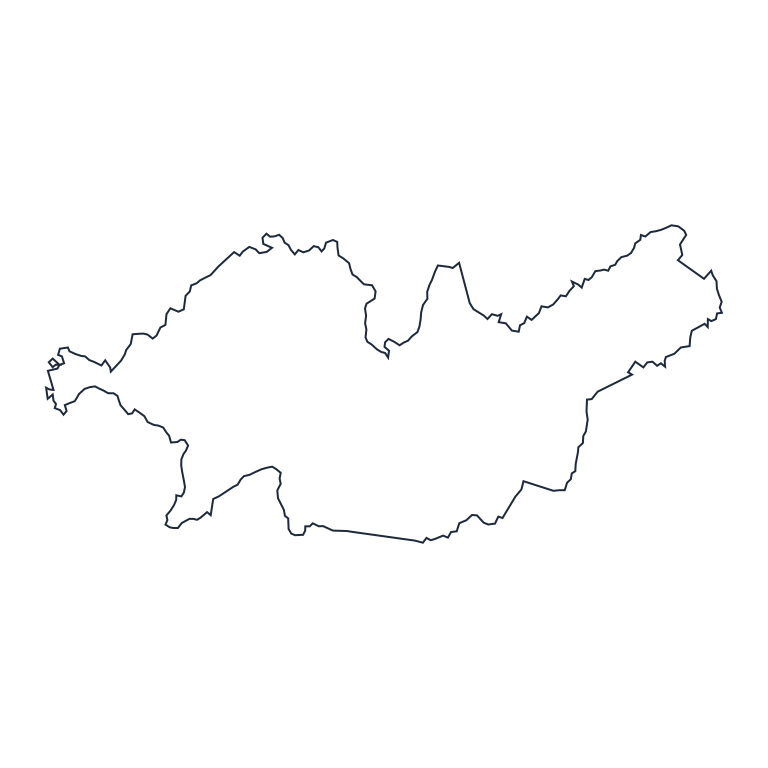 Carazinho, Rio Grande do Sul, Brazil (Albers equal-area conic projection)
{"feature_id": "56859067B4545609401254", "entity_name": "Carazinho", "entity_type": "district", "adm_level": 2, "iso_a3": "BRA", "parent_name": "Brazil", "parent_adm1": "Rio Grande do Sul", "projection": "albers", "projection_center": [-52.891, -28.277], "detail": "fine", "context": "isolated", "style": "outline", "palette": "slate", "viewbox_px": 768, "rotation_deg": 0, "n_neighbors": 0, "source": "geoboundaries", "source_scale": "gbopen_adm2", "svg_char_len": 4372}
<svg xmlns="http://www.w3.org/2000/svg" viewBox="0 0 768 768"><path d="M262.5,237.7L263.3,243.9L272.0,247.8L266.7,251.9L259.3,253.2L255.7,249.4L249.3,246.9L242.8,251.6L239.7,255.7L234.1,252.1L218.4,266.5L210.6,275.1L205.0,277.8L200.0,280.4L196.6,283.3L191.2,285.4L189.8,291.5L185.6,295.8L183.8,309.3L178.4,311.7L170.4,308.3L166.5,314.1L165.4,324.9L160.4,327.5L156.6,335.5L152.7,338.6L147.6,334.6L143.6,333.6L138.4,333.8L132.6,334.3L130.7,344.1L126.2,350.0L124.8,354.4L121.0,360.7L114.4,367.8L110.8,371.6L110.2,367.5L105.2,360.3L101.4,365.5L94.1,361.9L89.3,360.1L85.1,356.4L81.1,355.9L75.4,354.0L69.5,351.3L67.9,347.5L59.9,348.7L58.1,354.9L61.9,356.4L64.1,363.3L59.5,364.8L57.4,368.6L47.9,370.8L53.5,389.9L49.5,389.5L46.1,387.7L47.7,398.8L52.7,394.5L53.5,400.6L56.0,404.0L54.8,408.1L60.2,410.2L63.5,414.7L66.6,411.0L64.8,405.1L69.6,403.1L74.7,401.2L77.0,397.6L79.0,394.0L84.6,388.9L90.0,387.1L95.0,386.4L99.4,388.7L103.8,390.7L108.0,393.2L113.6,393.3L117.5,395.9L119.1,401.2L120.5,405.2L123.9,409.1L128.1,414.1L132.1,413.4L134.7,409.4L139.3,412.5L144.3,416.1L147.6,422.0L154.0,425.0L158.1,425.5L163.2,427.5L166.4,432.5L169.1,435.7L171.0,442.5L177.4,442.0L180.8,439.7L184.7,440.2L188.1,445.6L185.8,450.9L183.5,454.0L181.4,459.3L181.2,465.4L182.2,472.0L183.8,480.2L185.0,487.1L183.8,492.7L181.4,496.4L176.3,495.3L176.2,499.8L174.2,504.7L170.6,510.5L166.4,515.5L167.4,520.0L165.5,524.6L169.7,527.3L173.4,528.0L177.9,528.0L181.8,523.0L186.0,520.7L189.6,518.8L193.4,518.9L197.0,519.8L200.5,517.7L207.1,512.1L210.7,515.2L213.2,499.0L218.8,496.4L222.0,494.3L233.3,486.8L237.6,484.7L240.7,479.5L244.0,476.1L249.4,474.9L255.1,472.1L261.6,469.2L267.4,467.6L272.2,466.7L275.9,468.9L280.7,472.8L279.6,478.5L280.7,483.8L277.3,490.4L278.0,498.3L283.9,509.9L284.9,515.8L288.2,518.4L288.6,529.0L291.3,533.6L295.1,535.2L303.1,534.8L305.2,530.6L305.3,526.3L309.8,526.3L312.7,523.3L318.9,526.3L323.1,526.1L332.9,530.6L346.7,531.0L353.2,532.0L414.9,540.6L422.9,542.7L426.5,537.9L430.7,540.2L434.9,539.0L443.1,535.6L447.9,537.6L451.1,532.0L456.7,531.3L459.3,523.2L466.4,520.2L472.0,515.0L477.0,515.4L483.7,522.7L488.3,524.5L495.0,523.6L498.3,516.6L502.5,518.0L515.4,496.6L521.4,489.5L523.5,481.2L553.4,490.8L559.4,490.2L564.8,490.2L567.0,482.8L570.8,479.2L571.8,473.4L575.3,471.2L575.7,463.9L578.0,451.9L578.3,447.3L582.9,443.0L583.3,436.0L585.9,431.4L587.7,419.6L586.5,411.6L587.0,399.6L591.7,399.1L597.6,391.7L632.0,374.6L628.1,372.3L635.3,361.7L643.4,367.4L647.3,362.4L652.5,361.7L657.1,365.8L660.9,363.3L665.1,366.7L664.7,360.9L665.9,357.0L674.3,353.8L680.8,347.5L689.6,346.1L690.3,337.3L691.8,330.8L704.6,323.8L707.7,327.0L707.9,319.1L711.3,321.1L715.9,319.1L717.1,313.4L721.9,312.8L719.7,307.5L721.7,301.8L718.9,295.0L716.9,288.7L716.5,281.1L712.8,275.4L711.2,270.7L704.0,278.8L677.9,260.2L682.3,255.0L680.0,244.5L686.2,234.9L684.2,230.8L678.4,226.4L671.4,225.3L667.0,227.4L661.2,229.8L655.6,231.3L650.7,232.0L645.3,236.5L640.9,235.0L640.3,239.8L635.2,243.4L634.1,247.8L631.0,253.0L627.1,255.7L621.4,257.1L617.2,261.2L615.2,264.8L610.5,266.3L608.2,270.7L604.0,269.6L600.4,270.5L595.4,271.1L591.8,277.2L588.5,280.0L584.7,278.9L581.7,287.6L578.1,284.5L571.9,281.5L573.9,286.1L569.3,291.1L565.9,296.3L560.7,295.4L558.0,299.0L553.2,304.5L547.9,307.4L541.5,306.3L538.9,313.1L531.6,319.9L526.9,316.7L524.2,323.1L520.0,325.3L518.7,331.7L511.9,330.6L505.8,323.3L498.7,322.2L501.2,314.2L497.6,315.8L491.9,314.2L487.5,319.0L483.7,315.5L473.5,309.2L469.7,303.0L459.1,262.8L452.7,268.0L449.1,266.9L437.9,265.5L435.1,271.4L431.9,280.1L429.6,284.6L427.2,291.8L427.4,298.8L423.0,305.0L421.2,312.3L420.6,319.6L419.4,326.7L417.4,332.1L411.8,336.4L408.0,340.7L403.7,342.6L399.6,345.3L394.4,341.9L388.5,338.9L385.1,342.3L384.5,346.9L389.0,350.7L388.1,357.6L385.1,353.0L381.1,351.9L377.0,349.4L371.5,344.4L367.5,341.9L365.5,337.5L366.4,329.6L365.1,323.2L366.1,315.7L365.0,308.5L366.5,303.7L369.7,301.7L374.6,298.5L375.6,291.4L372.1,285.3L363.9,284.3L359.9,280.3L356.5,276.9L352.5,274.5L350.4,268.7L349.1,263.2L343.3,258.4L338.6,255.5L337.5,247.7L337.2,241.9L332.9,240.0L326.0,242.7L324.3,248.4L321.6,251.4L318.4,247.3L313.8,246.1L309.0,250.5L303.3,252.3L298.4,250.0L294.8,254.4L290.9,249.8L288.5,245.2L284.6,242.6L282.7,238.0L279.1,234.8L274.4,236.4L270.1,236.7L266.5,233.7L262.5,237.7ZM59.5,364.8L52.7,358.6L48.8,362.2L52.7,367.2L55.7,364.7L59.5,364.8Z" fill="none" stroke="#1e293b" stroke-width="2"/></svg>